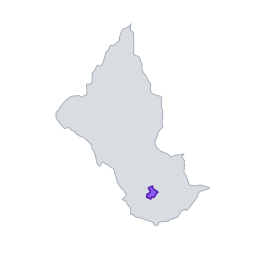 Bossemtélé, Ouham-Pendé, Central African Republic shown in context, rotated 259°
{"feature_id": "33826404B76356244638876", "entity_name": "Bossemtélé", "entity_type": "district", "adm_level": 2, "iso_a3": "CAF", "parent_name": "Central African Republic", "parent_adm1": "Ouham-Pendé", "projection": "albers", "projection_center": [16.537, 5.936], "detail": "fine", "context": "in_parent", "style": "filled", "palette": "violet", "viewbox_px": 256, "rotation_deg": 259, "n_neighbors": 0, "source": "geoboundaries", "source_scale": "gbopen_adm2", "svg_char_len": 5157}
<svg xmlns="http://www.w3.org/2000/svg" viewBox="0 0 256 256"><g transform="rotate(259 128 128)"><path d="M176.2,95.1L178.5,95.7L178.9,96.4L178.3,98.7L178.7,100.1L180.0,101.3L181.4,101.8L182.6,102.1L187.0,102.8L188.8,103.6L191.2,106.3L194.3,108.7L195.0,110.0L194.9,111.2L194.1,112.7L194.2,113.3L195.6,114.7L197.2,116.1L200.1,117.7L205.2,120.2L207.5,121.9L208.3,123.2L209.6,124.6L211.5,125.8L212.7,126.8L211.9,129.7L212.2,130.6L212.6,131.4L213.7,132.5L214.2,133.9L215.2,135.7L216.5,136.5L218.6,136.7L219.7,137.5L222.0,138.9L224.2,140.1L225.2,140.9L225.8,141.7L226.3,142.5L226.5,143.4L226.6,145.3L227.1,147.7L228.3,149.3L229.4,150.5L224.9,149.2L224.2,149.2L223.4,149.4L221.1,151.2L220.3,151.4L217.4,151.1L210.2,149.9L204.6,148.7L202.9,148.2L200.0,147.8L198.0,148.7L196.3,151.8L195.7,152.4L192.9,153.3L191.5,153.1L188.2,154.0L183.0,152.8L181.2,153.1L179.8,153.7L176.1,155.2L173.9,156.0L171.3,156.7L168.8,157.9L167.2,158.5L165.5,158.5L164.0,157.9L162.4,157.4L160.5,157.3L158.5,157.6L156.8,158.9L156.1,159.7L154.7,162.0L153.0,165.8L152.3,166.5L151.7,166.9L143.6,165.2L140.1,164.8L137.8,165.4L134.9,164.3L133.6,164.2L133.0,164.5L131.3,164.0L128.7,162.8L126.1,162.3L123.8,162.5L122.4,162.1L121.3,160.8L119.8,158.6L117.2,156.3L113.7,154.6L111.5,153.2L110.6,152.3L108.7,151.8L105.8,151.7L103.1,152.6L99.1,155.5L95.4,161.3L93.3,163.5L91.7,164.1L91.3,165.4L92.1,167.7L92.3,170.2L91.8,174.5L92.0,177.7L91.1,177.2L90.3,175.7L89.9,175.4L87.4,176.1L86.1,176.7L85.5,177.3L84.9,177.4L84.2,176.6L83.6,176.4L82.6,176.6L81.6,176.6L81.0,176.5L80.5,176.5L79.4,176.1L75.2,174.8L74.4,174.4L73.6,174.5L71.4,175.5L70.3,175.8L66.8,176.5L63.0,176.8L61.6,176.8L60.6,177.3L60.0,178.0L58.8,182.0L58.5,182.6L58.6,183.7L58.3,186.9L58.4,187.9L53.9,196.7L53.2,195.2L52.7,193.5L52.5,191.5L52.6,191.0L52.4,190.4L52.0,188.8L52.3,187.8L52.0,186.7L51.2,185.6L50.4,184.8L49.9,184.0L49.6,183.7L48.7,183.6L47.5,183.2L42.6,178.1L37.4,172.2L36.4,170.3L35.9,169.3L37.2,169.1L37.5,168.9L37.5,168.4L36.8,166.9L36.4,165.0L35.8,163.9L33.7,162.1L31.8,160.7L31.2,160.1L30.9,159.1L30.1,152.8L29.8,151.0L29.2,150.2L28.8,149.8L28.6,149.4L28.7,148.3L29.0,147.3L28.9,146.9L29.5,146.0L29.5,140.2L28.9,139.4L27.7,139.4L27.1,138.6L26.6,137.5L26.8,136.7L27.9,135.6L28.6,135.1L30.8,134.2L31.4,133.7L31.8,133.1L32.1,132.4L33.4,129.4L35.2,126.4L36.1,125.8L38.0,121.4L38.4,120.3L38.8,119.2L39.4,118.3L41.4,116.8L43.0,114.2L44.7,114.4L46.5,114.8L48.7,115.0L50.5,114.5L51.6,113.5L57.0,111.7L57.4,110.3L58.3,109.6L59.3,109.0L59.6,108.9L59.7,109.3L60.3,110.8L61.5,112.2L63.3,113.8L63.9,113.7L65.0,112.5L67.8,111.8L68.5,111.4L70.5,109.7L72.9,108.6L74.3,108.2L76.8,107.0L78.5,107.2L81.3,107.0L86.0,106.4L89.3,106.2L91.0,106.0L91.4,105.8L92.1,104.1L92.6,103.6L93.8,102.9L96.3,100.3L97.9,98.2L98.4,97.4L98.7,97.3L99.4,96.4L98.7,95.5L96.0,93.6L96.0,93.3L95.8,93.0L96.0,92.7L97.0,92.0L98.5,91.1L100.0,90.7L103.9,90.8L107.3,90.6L108.1,90.6L110.7,90.2L112.5,89.7L114.4,88.8L118.5,88.9L122.0,86.5L123.0,86.1L123.5,85.8L123.6,85.4L125.2,84.5L127.0,82.6L128.5,80.8L128.8,79.6L132.7,75.5L134.1,75.6L134.8,75.1L136.3,72.3L136.8,71.8L138.4,71.3L139.2,70.5L139.8,69.3L139.8,67.8L139.5,66.6L139.5,66.0L139.9,65.5L140.5,65.0L143.5,63.5L144.2,62.8L144.7,62.1L145.5,62.0L146.4,62.0L147.0,61.6L147.7,61.0L149.7,60.0L151.6,59.3L153.7,59.6L157.3,60.5L158.4,62.4L159.0,63.1L163.5,67.6L164.4,68.7L166.7,72.0L168.1,74.3L169.7,77.5L169.9,79.2L169.7,80.8L169.4,85.0L169.0,86.3L167.1,88.6L167.0,89.6L167.4,90.5L168.0,90.9L168.4,91.3L168.2,93.3L168.9,94.1L170.4,94.6L174.2,94.9L176.2,95.1Z" fill="#d9dde1" stroke="#a8b0b8" stroke-width="1"/><path d="M59.3,145.2L59.5,145.1L59.9,144.8L60.1,144.5L60.3,144.2L60.8,144.0L61.2,143.6L61.7,143.0L61.8,142.8L61.8,142.7L61.9,142.3L61.9,142.2L62.2,142.1L62.5,141.8L62.8,141.7L63.1,141.5L63.6,141.5L64.1,141.3L64.8,141.0L65.3,141.0L65.8,140.9L66.0,140.8L66.1,140.5L66.4,140.5L66.3,140.3L66.2,140.0L66.2,139.7L65.9,139.3L65.8,139.1L65.8,138.8L65.7,138.4L65.6,138.2L65.6,137.8L65.7,137.7L65.6,137.4L65.4,137.1L65.4,136.9L65.3,136.6L65.2,136.5L64.9,136.7L64.8,136.9L64.7,136.9L64.3,136.9L63.7,136.8L63.4,136.9L63.3,137.0L63.0,137.1L63.0,137.3L62.8,137.5L62.6,137.7L62.5,137.9L62.3,137.9L61.9,137.9L61.5,137.8L61.4,137.7L61.1,137.6L60.9,137.6L60.7,137.5L60.6,137.4L60.6,137.2L60.6,136.9L60.4,136.7L60.2,136.2L59.9,136.1L59.6,135.8L59.5,135.1L59.5,134.9L59.5,134.6L59.4,134.4L59.5,134.3L59.5,134.1L59.4,133.9L59.1,134.0L58.9,134.1L58.7,134.3L58.6,134.2L58.4,133.9L58.2,133.9L57.9,133.9L57.8,133.7L57.7,133.5L57.5,133.4L57.4,133.3L57.2,133.2L56.8,133.1L56.7,133.1L56.5,133.3L56.4,133.4L56.3,133.5L56.1,133.7L56.1,133.8L56.0,134.0L55.9,134.2L55.6,134.3L55.4,134.4L55.3,134.5L55.3,134.9L55.1,135.3L54.9,135.5L54.6,135.9L54.3,136.1L54.1,136.5L54.1,136.8L54.1,137.0L54.2,137.3L54.5,137.3L54.8,137.3L55.0,137.3L55.4,137.7L55.5,137.8L55.5,138.0L55.5,138.4L55.4,138.5L55.3,138.8L55.4,139.0L55.5,139.2L55.4,139.3L55.3,139.5L55.1,139.6L55.2,139.8L55.2,140.0L55.2,140.3L55.2,140.5L55.3,140.7L55.4,140.9L55.8,141.4L56.3,141.9L56.8,142.1L57.1,142.2L57.2,142.4L57.8,142.9L58.2,143.2L58.4,143.3L58.4,143.6L58.4,143.8L58.5,144.0L59.0,144.6L59.2,144.9L59.2,145.1L59.3,145.2Z" fill="#8b5cf6" stroke="#5b21b6" stroke-width="1.5"/></g></svg>